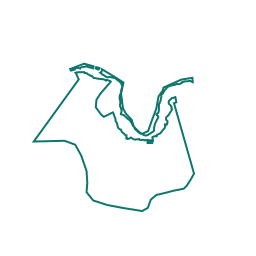 outline of Zemam Out, Al Bahr al Ahmar, Egypt, rotated 127°
{"feature_id": "37247803B70962807620148", "entity_name": "Zemam Out", "entity_type": "district", "adm_level": 2, "iso_a3": "EGY", "parent_name": "Egypt", "parent_adm1": "Al Bahr al Ahmar", "projection": "orthographic", "projection_center": [32.567, 25.936], "detail": "fine", "context": "isolated", "style": "outline", "palette": "teal", "viewbox_px": 256, "rotation_deg": 127, "n_neighbors": 0, "source": "geoboundaries", "source_scale": "gbopen_adm2", "svg_char_len": 5827}
<svg xmlns="http://www.w3.org/2000/svg" viewBox="0 0 256 256"><g transform="rotate(127 128 128)"><path d="M106.1,98.7L110.1,99.0L110.9,99.0L111.4,98.9L112.8,99.0L116.0,100.7L116.9,100.4L117.2,100.1L117.5,100.2L117.6,100.3L117.3,100.9L117.7,101.1L117.5,101.3L117.7,101.2L120.2,102.9L120.9,102.9L121.0,102.7L121.9,101.6L122.6,101.1L123.2,100.2L123.4,100.2L123.9,100.8L124.0,102.3L124.2,102.5L124.5,103.1L125.3,103.3L125.3,104.2L125.7,105.2L125.9,105.4L126.5,105.7L126.9,106.2L127.0,106.7L127.6,107.0L127.8,107.2L127.9,107.9L128.6,109.3L129.1,109.7L129.4,110.0L130.1,110.8L130.4,111.6L130.2,112.0L130.1,112.4L130.4,112.5L130.6,112.8L131.1,113.4L132.0,114.4L133.0,115.4L133.3,115.8L133.5,116.3L133.7,117.5L133.9,120.0L135.4,120.5L136.1,120.9L136.9,121.5L137.3,122.4L137.4,123.1L137.0,123.3L136.4,123.2L136.3,123.7L135.6,124.3L134.9,124.7L135.1,124.9L135.3,125.3L135.2,126.2L134.9,127.8L134.9,128.2L135.0,128.8L135.0,129.4L134.7,130.8L134.5,131.3L133.5,132.5L133.6,132.8L133.8,133.4L134.0,134.4L134.0,134.8L133.7,136.0L132.9,137.2L131.9,138.4L130.6,140.1L130.4,140.7L129.8,142.3L129.0,142.8L128.6,143.2L128.0,143.9L127.6,144.5L126.8,146.0L126.2,147.0L125.4,147.9L124.6,149.4L126.0,150.2L133.6,154.0L133.5,157.5L130.8,166.2L124.4,170.2L117.1,170.7L101.4,169.6L101.2,169.8L101.2,170.6L101.6,171.5L102.0,173.0L102.1,173.4L102.3,173.8L103.0,173.8L103.4,174.0L103.5,174.4L103.3,175.1L103.8,176.6L104.1,177.4L104.5,178.1L105.1,178.8L105.1,179.1L105.4,179.6L105.9,180.2L106.2,180.6L106.3,181.1L107.3,182.8L107.5,183.3L108.0,184.6L108.6,185.3L108.7,185.6L108.7,185.8L108.4,186.8L108.4,187.2L108.1,188.2L108.2,188.5L108.7,188.9L108.9,189.5L108.8,190.6L109.2,192.1L109.2,192.8L109.1,193.6L109.4,194.6L109.5,194.9L110.3,195.8L110.1,196.3L109.8,196.8L110.3,197.4L110.9,198.0L111.4,198.6L111.5,199.0L111.9,199.4L112.8,200.6L112.9,200.8L113.6,201.4L114.0,201.7L114.5,202.3L114.6,202.6L115.4,203.2L115.5,202.7L118.8,196.6L195.5,195.1L176.4,171.0L173.1,160.1L178.1,148.9L187.3,135.2L196.4,127.4L204.2,122.5L206.8,112.1L202.0,98.2L194.5,83.1L189.4,73.6L185.9,66.8L179.9,64.1L171.4,66.7L164.2,64.9L157.3,59.1L150.8,54.0L143.0,47.0L138.7,46.3L130.7,47.0L124.7,47.8L80.5,106.2L78.4,104.9L74.8,108.8L77.0,110.2L77.9,111.1L79.4,111.2L81.4,111.6L82.0,111.5L83.1,110.9L83.7,110.4L83.9,110.1L84.1,109.8L84.3,107.5L84.7,106.9L84.6,106.7L84.8,106.1L86.1,105.2L86.4,104.3L87.0,104.0L87.4,103.9L89.6,103.7L91.6,103.6L92.9,103.3L94.0,103.5L94.7,103.6L95.6,103.8L96.1,103.9L96.5,103.8L97.4,103.4L97.8,103.2L98.5,102.4L98.7,101.0L98.8,100.5L99.2,100.1L100.0,99.9L100.5,99.5L101.0,99.4L101.3,99.2L101.7,99.1L102.2,99.2L102.3,99.3L102.7,100.6L102.8,100.7L103.1,100.7L103.7,99.9L103.9,99.5L104.5,99.4L105.3,98.9L105.6,98.8L106.1,98.7ZM128.2,103.3L126.4,104.8L125.5,102.0L124.4,100.2L125.3,99.6L128.2,103.3ZM52.3,104.0L49.2,106.8L57.3,114.6L74.4,124.0L77.1,122.8L84.4,122.6L96.1,116.8L106.3,113.9L118.4,110.1L124.0,113.1L124.2,114.1L124.6,115.1L123.7,122.6L123.5,122.9L123.5,124.0L119.2,130.0L117.8,138.3L115.4,143.7L104.8,154.2L94.4,159.0L95.3,170.3L96.8,184.1L97.4,183.5L98.0,183.4L98.5,183.3L99.2,183.0L99.7,183.2L100.6,183.5L100.4,182.3L100.7,181.3L100.4,178.8L100.2,177.7L100.3,176.7L100.1,175.3L99.3,174.3L98.4,173.5L97.9,172.5L97.5,171.8L96.3,169.1L95.8,168.3L95.6,168.0L95.9,167.5L96.0,167.2L96.0,166.0L96.1,164.3L95.9,164.0L95.5,163.7L95.7,163.4L95.9,163.3L95.9,163.0L96.0,162.8L95.8,162.1L96.3,161.5L96.4,161.1L96.4,160.6L96.1,159.6L96.2,159.4L97.3,159.2L97.5,159.0L97.8,158.2L98.1,157.7L98.3,157.6L99.0,157.1L100.6,156.6L102.0,156.2L102.7,155.6L104.9,154.6L107.0,154.1L107.8,153.6L109.9,152.2L110.2,151.7L110.2,151.3L110.4,150.9L110.6,150.7L111.3,150.4L111.3,150.2L111.2,149.9L112.4,149.3L113.4,148.8L114.2,148.5L115.6,147.2L116.1,146.0L118.0,143.6L118.3,143.3L119.6,142.8L120.3,142.5L120.5,142.5L121.1,142.2L121.3,141.9L120.7,140.5L120.3,139.2L120.3,138.9L120.7,134.5L120.9,134.2L120.7,132.7L120.8,131.6L120.9,130.8L122.1,127.4L122.8,126.2L123.5,124.7L123.6,123.7L123.5,123.2L124.0,122.8L124.3,122.5L124.7,121.5L124.6,120.9L124.7,120.4L124.8,119.3L124.9,118.7L125.1,117.0L125.1,115.6L125.0,115.0L124.8,114.7L124.3,113.0L124.1,111.1L123.8,110.4L123.1,109.0L123.0,108.9L122.4,108.4L121.5,107.9L118.7,106.9L117.4,106.5L116.6,106.0L115.6,105.8L115.2,105.8L114.6,105.6L111.6,107.6L109.7,108.4L108.6,108.9L106.6,109.4L104.8,109.7L104.0,109.9L103.0,109.9L101.4,110.2L100.9,110.5L100.4,111.0L100.4,112.4L100.1,113.2L99.7,113.4L99.4,113.5L99.1,113.5L98.3,113.1L98.0,113.0L97.1,113.1L96.1,113.6L94.9,114.1L93.9,115.1L92.8,115.8L91.6,116.7L90.7,117.3L90.0,117.6L89.2,117.6L88.1,118.1L87.3,118.2L86.4,118.5L85.4,119.0L84.2,119.7L83.2,120.0L82.5,120.6L81.7,121.2L81.3,121.4L80.5,121.4L80.1,121.0L79.7,120.9L79.4,121.3L79.6,121.8L78.6,122.1L78.3,121.8L78.1,121.4L78.0,121.2L77.8,121.2L77.3,121.2L76.2,121.4L75.7,121.4L74.2,121.2L72.9,121.2L70.8,120.9L68.1,119.1L67.7,118.8L67.5,118.5L67.2,118.5L66.6,118.8L66.3,118.7L66.1,118.5L66.3,117.4L65.4,116.6L65.1,116.4L64.5,116.0L63.6,115.7L63.4,115.6L63.1,114.8L62.5,113.8L62.3,113.6L61.2,112.9L60.9,112.8L60.7,112.6L59.9,112.4L59.7,112.5L59.3,112.6L58.9,112.5L58.9,112.3L58.9,112.0L58.5,111.8L57.8,111.6L57.3,111.2L56.8,110.9L55.7,109.6L55.0,108.7L54.6,108.3L54.2,108.0L53.4,107.3L52.9,106.3L52.6,104.7L52.5,104.8L52.4,104.5L52.3,104.0ZM115.8,209.7L116.5,208.2L115.6,207.4L115.1,207.2L114.8,206.8L114.4,206.6L113.7,205.9L113.0,205.8L111.8,205.8L110.9,205.2L110.5,204.6L110.1,204.1L109.8,203.6L109.3,202.1L109.0,202.2L107.4,201.7L106.4,200.8L105.5,200.0L105.4,199.6L104.6,198.9L103.7,198.3L103.5,198.1L103.5,197.3L103.3,196.7L103.2,196.3L102.6,194.8L102.3,194.0L101.9,193.4L101.4,192.8L101.2,192.6L101.3,192.0L100.2,192.5L99.5,192.7L103.1,201.8L115.8,209.7ZM98.8,190.8L98.8,190.5L98.9,190.4L99.9,189.7L99.4,187.1L99.0,186.7L98.7,186.6L97.7,186.9L97.0,186.2L98.8,190.8Z" fill="none" stroke="#0f766e" stroke-width="2"/></g></svg>